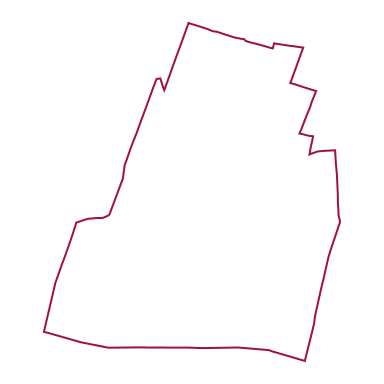 the district of Bechet, Romania
{"feature_id": "2599482B89489241189907", "entity_name": "Bechet", "entity_type": "district", "adm_level": 2, "iso_a3": "ROU", "parent_name": "Romania", "parent_adm1": "", "projection": "natural_earth1", "projection_center": [23.959, 43.776], "detail": "fine", "context": "isolated", "style": "outline", "palette": "rose", "viewbox_px": 384, "rotation_deg": 0, "n_neighbors": 0, "source": "geoboundaries", "source_scale": "gbopen_adm2", "svg_char_len": 2028}
<svg xmlns="http://www.w3.org/2000/svg" viewBox="0 0 384 384"><path d="M303.2,47.6L294.2,46.3L288.4,45.6L282.4,44.7L276.6,43.8L274.1,43.3L272.8,48.4L272.1,48.3L270.6,47.9L264.1,46.0L257.2,44.1L253.3,43.1L248.3,41.9L246.7,41.2L245.4,40.8L244.8,40.0L244.3,39.2L243.6,39.1L241.8,38.9L236.2,37.8L235.0,37.6L226.7,35.0L223.7,34.0L221.6,33.3L219.6,32.6L217.0,31.8L216.1,31.6L215.0,31.6L214.1,31.4L213.1,31.3L212.0,30.9L210.9,30.4L209.6,29.9L208.6,29.5L207.9,29.1L207.1,28.9L205.4,28.3L201.6,27.1L197.7,25.9L194.2,24.8L191.5,24.0L188.4,23.0L187.9,24.8L179.2,48.9L177.2,54.2L172.4,67.5L168.4,78.8L165.4,87.1L164.3,90.2L163.1,87.2L160.3,78.4L156.5,79.0L152.7,89.0L145.4,109.1L138.9,126.6L136.6,133.1L131.8,145.1L124.6,165.5L122.9,178.5L109.7,213.8L109.5,214.4L108.9,215.1L107.6,215.9L106.3,216.4L103.9,217.5L101.7,218.1L100.0,218.0L95.8,218.0L92.2,218.5L88.6,218.7L84.8,219.7L80.7,221.2L76.2,222.6L75.4,225.7L72.7,234.1L69.1,244.6L64.7,257.0L62.3,263.3L58.0,275.5L55.5,282.4L43.9,331.9L48.0,332.9L80.6,342.2L108.1,347.7L136.6,347.4L144.3,347.4L146.2,347.5L174.6,347.6L188.1,347.6L202.7,348.1L238.2,347.5L269.0,350.1L271.9,351.3L274.7,352.1L302.0,360.1L304.8,361.0L312.5,330.3L313.1,327.6L313.4,326.3L313.7,325.2L314.0,323.9L315.0,316.4L316.9,307.6L321.6,286.6L323.7,278.2L325.3,270.8L328.7,256.1L329.8,252.8L330.9,249.2L332.5,244.4L334.7,238.0L337.0,231.1L338.5,226.4L338.7,226.0L339.5,223.6L340.1,222.0L338.5,214.9L338.5,211.9L338.2,206.9L337.9,203.3L337.8,194.3L337.6,190.1L337.0,176.2L336.4,168.9L335.9,164.0L335.5,156.9L335.1,150.3L329.2,150.6L324.6,150.8L319.5,151.3L317.0,151.6L315.9,152.1L313.5,152.9L311.6,153.6L309.5,154.5L310.0,151.7L310.3,150.7L310.2,150.3L310.3,149.6L310.7,147.4L312.4,139.8L312.9,137.4L313.0,136.2L312.8,136.2L309.5,135.9L305.6,135.0L302.8,134.2L299.5,133.5L299.8,133.0L302.8,125.5L304.5,120.9L307.6,113.1L310.3,106.7L310.8,104.7L312.0,101.3L312.6,99.8L315.1,93.6L316.1,91.0L311.3,89.6L302.1,86.7L296.1,84.7L290.3,83.0L290.4,82.8L295.4,69.2L303.2,47.6Z" fill="none" stroke="#9f1239" stroke-width="2"/></svg>